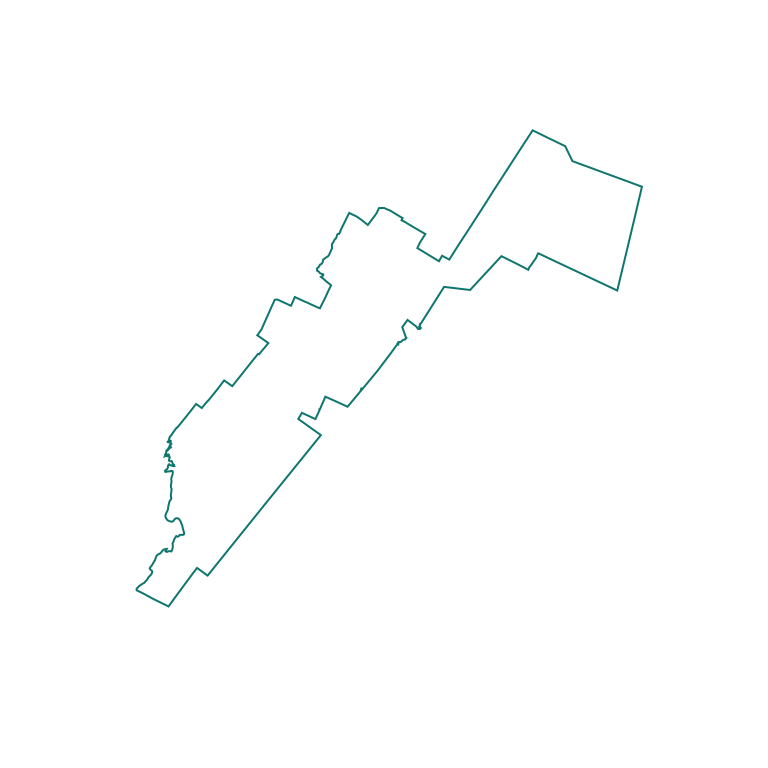 Tulumba, Córdoba, Argentina, rotated 115°
{"feature_id": "61730980B98199782535920", "entity_name": "Tulumba", "entity_type": "district", "adm_level": 2, "iso_a3": "ARG", "parent_name": "Argentina", "parent_adm1": "Córdoba", "projection": "equal_earth", "projection_center": [-63.376, -30.11], "detail": "fine", "context": "isolated", "style": "outline", "palette": "teal", "viewbox_px": 768, "rotation_deg": 115, "n_neighbors": 0, "source": "geoboundaries", "source_scale": "gbopen_adm2", "svg_char_len": 5838}
<svg xmlns="http://www.w3.org/2000/svg" viewBox="0 0 768 768"><g transform="rotate(115 384 384)"><path d="M126.9,227.2L96.2,233.6L102.4,307.4L91.9,320.2L91.6,341.4L91.3,356.5L115.3,359.9L163.5,366.6L179.3,368.6L207.5,372.5L227.8,375.4L243.7,377.4L243.2,385.5L249.5,386.1L246.7,411.2L240.5,411.2L230.6,409.9L230.0,416.6L229.4,423.3L228.6,431.2L228.3,432.5L228.3,434.7L228.2,437.3L225.8,437.2L224.9,445.9L224.2,451.7L224.4,455.1L224.4,458.3L226.7,462.9L232.2,462.9L235.7,463.5L246.7,465.9L244.8,473.7L243.8,479.2L243.7,484.6L243.6,487.8L245.8,487.9L263.6,488.3L264.3,488.0L266.1,488.1L266.8,488.0L267.2,488.9L268.1,489.5L269.8,489.3L271.8,489.1L273.0,489.3L273.9,489.8L275.4,489.8L277.1,489.9L278.5,490.3L279.6,490.2L281.2,489.4L282.4,488.7L283.2,488.4L284.8,488.5L286.1,488.4L288.9,488.4L290.8,488.4L292.3,488.9L293.2,489.6L294.5,490.4L295.8,490.9L296.8,491.7L298.2,491.4L299.0,491.1L301.0,491.3L301.6,491.4L302.3,491.9L302.8,492.4L303.5,492.4L304.1,492.6L304.8,492.4L307.8,493.5L308.2,493.1L309.1,492.8L309.6,492.5L309.7,490.6L310.2,489.8L310.6,488.9L310.6,488.0L310.5,486.5L310.3,485.4L310.8,485.1L311.5,485.3L312.1,485.2L312.6,485.5L312.9,486.0L313.6,486.4L313.8,485.7L314.2,483.7L314.9,481.2L315.3,480.5L315.4,479.5L315.6,478.7L316.1,476.6L316.7,474.3L317.0,473.6L318.7,473.7L322.8,473.8L324.8,473.8L330.7,473.7L342.5,474.1L342.7,478.2L342.6,480.5L342.7,480.9L342.7,483.8L342.7,487.4L342.8,490.4L342.9,501.6L344.8,501.5L352.4,501.4L352.5,516.4L353.9,518.7L356.8,518.6L357.4,518.5L358.8,518.6L371.5,518.4L386.4,518.1L393.4,519.4L393.8,517.0L394.5,513.0L395.8,506.1L401.7,507.6L405.5,508.7L409.8,509.7L409.8,510.8L411.9,511.4L415.0,512.1L416.3,512.5L418.8,513.1L450.1,520.6L448.3,530.4L459.8,532.9L472.2,536.0L476.9,537.5L482.8,539.0L481.5,545.8L483.8,546.4L490.0,547.8L510.8,552.9L511.1,553.5L513.9,554.0L518.8,555.0L519.1,554.9L521.7,555.5L522.7,555.9L522.8,555.9L523.2,555.7L524.1,555.4L524.9,555.6L525.5,555.4L526.1,555.3L526.4,555.3L526.8,555.2L527.1,555.2L527.5,555.4L527.8,555.6L528.0,555.6L528.1,555.4L527.9,554.7L527.6,554.4L527.4,554.3L527.1,554.4L526.8,554.3L526.3,554.4L526.1,554.4L526.0,554.2L525.8,553.9L525.7,553.2L525.8,553.0L526.0,552.9L526.8,552.9L527.1,553.0L527.5,553.0L527.8,552.9L527.9,552.7L528.2,552.0L528.2,551.8L528.2,551.4L528.6,551.4L528.9,551.7L529.0,551.7L529.3,551.6L529.5,551.7L529.5,552.1L529.9,552.0L530.2,552.1L530.4,552.2L530.6,552.2L531.0,552.0L531.6,551.9L531.8,551.6L531.6,551.4L531.5,551.1L531.7,550.9L531.4,550.7L531.3,550.3L531.4,550.2L531.6,550.3L532.6,551.1L532.8,551.2L533.0,551.3L533.2,551.6L533.3,552.0L533.2,552.2L533.3,552.2L533.8,552.3L533.8,552.2L533.6,551.9L533.6,551.7L533.9,551.6L534.2,552.0L534.7,552.2L535.2,552.2L535.5,551.9L535.7,552.0L535.9,552.1L535.9,552.3L535.9,552.5L535.6,552.6L535.9,553.0L536.2,553.1L536.7,553.0L537.5,552.7L537.9,552.5L538.3,552.5L539.2,552.2L539.7,552.3L540.3,552.5L540.4,552.2L540.6,552.1L541.1,552.3L541.7,552.0L542.0,552.0L541.3,551.4L541.2,551.2L541.1,550.7L540.8,551.1L540.5,551.0L540.1,550.7L539.6,550.6L539.5,550.4L539.5,550.2L539.4,550.2L539.0,549.9L538.9,549.7L539.0,549.4L539.2,549.5L539.3,549.5L539.5,549.2L539.8,549.0L539.9,548.9L539.7,548.6L539.8,548.5L539.9,548.4L540.1,548.3L540.5,548.1L541.0,547.6L540.9,547.4L541.6,547.0L543.0,546.9L544.3,546.6L544.4,545.1L543.6,543.9L544.5,542.7L545.7,541.7L546.0,540.2L547.0,539.3L547.6,540.5L547.6,542.0L548.0,543.3L547.5,544.8L548.6,545.2L550.0,545.0L551.4,544.5L552.7,544.6L553.9,545.3L555.3,545.8L556.1,544.9L555.2,543.8L554.3,542.5L553.8,541.2L552.7,540.2L552.3,538.8L553.6,538.0L554.9,537.5L556.9,537.2L557.5,537.2L558.7,537.0L560.3,536.6L561.5,535.7L562.8,535.1L564.1,534.8L565.6,534.4L566.8,533.9L568.1,533.0L569.1,532.0L573.9,530.5L574.4,530.4L575.8,529.7L576.8,528.8L578.2,528.3L580.9,528.8L585.0,528.0L589.1,526.8L591.0,526.7L592.7,526.8L594.7,526.7L596.0,526.3L597.3,525.5L598.9,522.8L599.0,521.1L598.9,519.6L598.5,518.1L597.5,517.1L596.3,516.9L594.8,516.4L593.5,515.7L592.9,514.3L593.1,512.7L593.8,511.3L594.7,510.1L597.8,506.8L599.0,506.0L601.5,503.9L602.4,503.2L603.4,502.2L604.8,501.8L605.9,502.6L606.3,504.1L607.2,505.4L608.5,505.6L609.6,506.4L609.6,508.0L613.6,508.5L616.3,508.1L617.8,508.3L620.0,507.0L621.5,506.3L624.3,505.9L625.6,506.0L626.0,507.6L627.0,509.1L627.9,509.7L628.0,511.3L625.3,511.2L626.1,512.5L627.1,513.6L628.4,514.3L630.0,514.6L631.2,514.9L632.4,515.4L633.6,516.4L634.8,517.2L636.1,517.5L638.1,517.4L640.4,517.1L642.3,517.4L645.2,517.6L646.2,517.7L648.6,518.3L650.0,518.5L651.0,517.3L651.3,515.6L652.1,514.6L653.6,514.4L655.0,514.5L658.9,515.8L661.4,516.0L665.6,517.3L666.9,518.3L670.8,520.6L673.2,521.3L674.0,521.7L675.5,521.0L675.5,517.7L675.6,514.0L676.3,502.8L676.7,485.3L656.5,481.3L635.9,477.1L629.7,475.7L632.2,462.9L541.4,440.6L457.0,419.6L451.9,446.9L444.8,446.2L444.8,431.3L435.3,431.4L434.8,431.7L434.3,431.8L434.3,431.4L429.9,431.5L425.7,431.6L420.3,431.8L420.1,421.4L420.0,407.4L399.2,401.9L399.1,402.5L397.6,402.6L397.6,401.4L374.9,395.5L370.2,394.5L352.6,390.7L346.6,389.6L343.3,388.9L343.0,388.7L342.5,387.9L342.2,387.7L342.0,387.8L341.9,387.9L341.8,388.2L341.7,388.6L341.2,388.2L340.8,388.2L340.7,388.2L340.6,388.3L340.5,388.1L340.3,388.1L340.2,388.1L340.2,388.3L340.0,388.5L339.9,388.6L339.7,388.3L339.6,388.1L339.6,387.9L339.5,387.6L339.4,387.3L339.2,387.0L338.9,386.7L337.7,386.0L337.2,385.9L336.8,385.7L335.8,385.2L334.9,383.8L334.0,383.6L333.8,383.4L332.9,383.2L332.9,383.5L324.7,391.5L316.0,389.7L318.2,379.2L319.7,376.5L319.3,376.3L319.2,375.2L319.0,374.7L318.1,374.7L317.7,374.4L317.5,375.0L317.6,375.6L317.4,376.0L317.1,376.4L316.6,376.1L315.9,376.0L315.2,376.3L314.7,376.8L313.6,376.4L313.4,376.1L270.6,370.6L262.4,345.7L218.5,331.6L219.0,312.3L219.5,301.5L216.6,301.6L215.8,301.3L205.5,299.5L200.5,299.6L200.4,299.5L200.3,299.2L200.4,290.7L200.7,213.3L200.7,212.1L126.9,227.2Z" fill="none" stroke="#0f766e" stroke-width="2"/></g></svg>